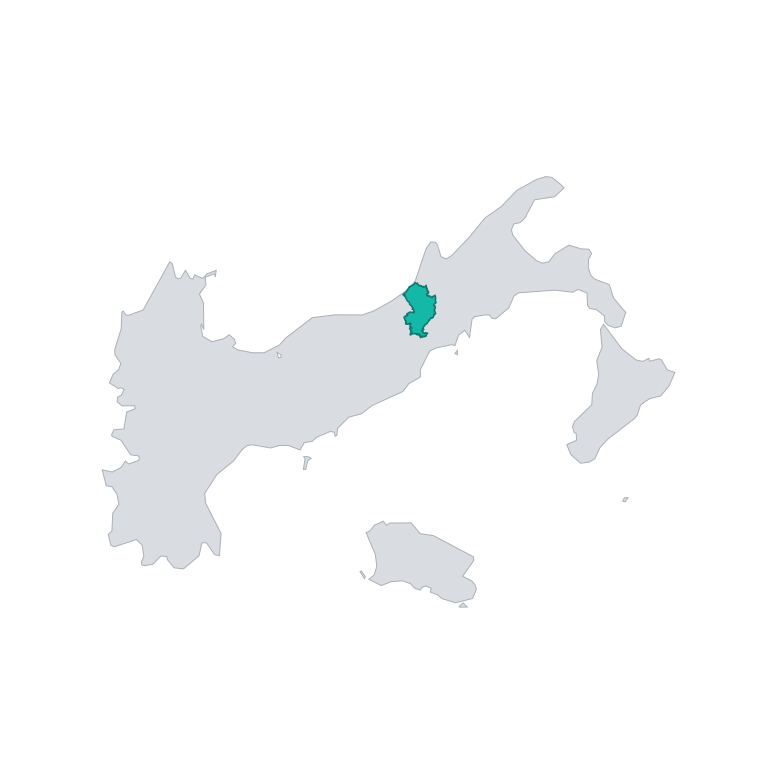 location of Molise, Campobasso, Italy, rotated 289°
{"feature_id": "23120603B60242334488993", "entity_name": "Molise", "entity_type": "district", "adm_level": 2, "iso_a3": "ITA", "parent_name": "Italy", "parent_adm1": "Campobasso", "projection": "robinson", "projection_center": [14.558, 41.717], "detail": "fine", "context": "in_parent", "style": "filled", "palette": "teal", "viewbox_px": 768, "rotation_deg": 289, "n_neighbors": 0, "source": "geoboundaries", "source_scale": "gbopen_adm2", "svg_char_len": 9445}
<svg xmlns="http://www.w3.org/2000/svg" viewBox="0 0 768 768"><g transform="rotate(289 384 384)"><path d="M152.0,172.3L156.4,174.6L173.6,169.6L183.9,172.5L192.6,167.6L198.3,160.2L197.3,154.5L211.1,145.5L212.3,155.8L219.7,162.7L227.0,164.5L225.2,168.6L232.2,177.2L235.2,176.4L236.1,174.9L234.5,167.7L245.2,153.7L245.9,144.0L247.7,142.9L252.8,143.6L256.8,152.7L273.8,149.8L279.5,156.7L282.3,155.4L278.1,143.5L280.2,137.5L284.8,136.4L287.9,139.3L294.4,140.1L294.8,136.6L293.2,134.2L295.7,123.9L305.4,124.8L311.1,128.5L317.9,128.4L323.9,120.2L328.5,118.2L350.4,117.6L366.7,112.7L368.0,113.8L365.1,117.7L366.0,120.3L375.5,132.2L429.7,141.6L428.9,144.6L417.2,152.1L416.3,155.0L418.1,157.5L426.9,159.3L420.8,166.4L420.8,169.1L425.5,169.5L424.7,178.1L430.5,180.7L436.8,188.3L430.3,189.7L433.0,187.6L426.6,180.2L419.8,183.4L409.0,180.2L401.6,187.1L376.7,195.9L381.0,191.9L379.2,191.8L370.1,197.0L367.9,207.5L374.8,217.9L380.2,221.6L377.6,228.0L374.3,230.5L369.9,228.7L368.6,234.5L370.8,249.8L374.5,260.5L386.8,272.4L395.8,276.3L423.4,294.6L433.4,315.0L442.1,340.6L449.3,350.1L464.5,363.8L478.3,373.8L491.2,380.0L525.0,379.7L533.6,382.0L534.7,386.3L533.1,389.2L523.0,396.4L522.5,402.1L527.3,406.1L550.4,416.7L574.0,425.5L590.0,437.1L610.7,446.8L627.0,461.6L632.8,469.5L634.0,475.5L630.2,486.1L628.1,490.4L616.6,484.3L607.2,466.4L587.0,463.2L581.0,460.2L577.6,454.7L571.3,454.2L566.9,457.1L556.0,473.8L550.1,488.4L549.8,494.3L553.1,500.0L562.9,503.2L575.5,513.6L575.9,526.4L578.2,533.7L575.0,537.9L568.6,536.8L560.2,539.4L554.2,544.1L551.8,548.6L551.3,564.7L540.0,573.1L530.3,589.3L515.9,589.5L512.4,584.5L512.3,577.0L514.7,572.4L520.0,570.3L523.5,560.8L522.4,553.9L524.5,550.9L536.1,546.3L536.6,536.7L532.2,532.4L528.4,515.0L514.0,481.5L509.4,478.2L496.9,477.3L482.1,468.5L481.2,464.8L483.6,461.3L482.0,456.5L477.3,448.1L474.1,446.1L455.9,449.7L461.1,442.9L454.6,438.6L443.3,438.6L443.4,435.6L435.4,422.0L430.0,416.5L409.3,413.7L402.5,416.1L392.4,407.4L383.1,404.3L359.7,379.7L348.4,372.3L341.3,361.6L326.9,354.5L320.3,356.2L318.7,354.8L322.2,352.7L321.6,348.6L312.0,338.0L306.3,334.6L302.5,327.7L294.3,326.1L294.8,313.7L291.8,305.0L286.6,297.6L283.8,279.9L281.5,274.9L275.7,271.1L262.4,266.9L244.2,255.5L222.3,250.1L213.3,254.1L189.6,278.6L167.9,284.3L167.6,279.2L176.1,267.8L174.6,263.6L161.2,265.0L143.9,254.6L141.9,245.5L147.1,236.8L150.1,234.8L148.7,229.0L138.2,224.1L134.2,216.5L134.0,213.9L136.8,212.5L143.0,213.0L153.1,207.6L156.2,200.3L142.1,181.8L142.8,178.0L152.0,172.3ZM378.1,277.3L378.9,272.7L374.4,275.6L375.6,277.7L378.1,277.3ZM511.9,572.2L494.6,597.6L488.8,614.7L489.6,621.3L494.5,626.0L492.1,627.9L497.4,636.0L497.3,638.2L489.6,647.3L489.5,655.3L474.8,654.1L462.8,649.5L456.9,640.3L452.2,636.4L447.2,633.4L436.8,633.6L432.3,631.7L404.9,613.7L394.2,608.9L381.9,607.6L377.0,603.6L373.1,595.7L378.1,583.5L386.2,576.6L393.5,584.4L399.8,581.8L400.2,579.4L404.7,576.2L410.3,576.2L431.9,587.2L443.2,584.1L453.5,585.4L463.0,583.9L475.3,577.5L489.6,578.2L506.0,570.9L511.9,572.2ZM254.5,434.9L261.5,454.9L254.3,467.0L256.7,480.1L249.7,524.9L246.4,526.3L227.9,521.0L226.3,531.3L223.8,535.5L220.0,538.2L210.0,537.5L200.4,522.8L199.9,508.3L202.0,504.0L202.4,495.6L206.3,495.1L206.7,489.5L204.5,486.4L200.8,485.3L201.0,479.0L203.8,474.2L204.0,465.7L199.3,454.9L192.5,447.0L194.4,433.3L200.2,436.8L209.1,436.6L219.9,431.4L237.7,415.4L240.0,418.3L247.3,420.9L254.0,427.9L251.2,432.3L254.5,434.9ZM289.1,331.8L290.6,335.0L290.0,339.3L286.5,336.8L277.8,337.8L277.0,335.6L287.6,333.7L289.1,331.8ZM202.8,530.1L200.2,535.3L197.7,528.4L198.0,527.5L202.8,530.1ZM199.8,423.5L195.7,429.1L193.7,428.9L198.8,422.4L199.8,423.5ZM355.9,651.7L351.1,650.4L350.9,647.9L354.7,648.3L355.9,651.7ZM439.7,442.4L435.7,444.0L435.9,441.2L439.7,442.4Z" fill="#d9dde1" stroke="#a8b0b8" stroke-width="1"/><path d="M440.5,404.6L440.8,404.9L441.8,405.2L441.8,405.5L441.8,405.8L441.5,406.3L441.7,406.6L442.2,406.6L442.3,406.9L442.6,407.0L442.7,407.3L442.6,407.6L443.0,407.7L443.1,408.0L443.3,408.3L444.0,408.0L444.4,408.1L445.1,407.9L445.3,408.0L445.5,408.4L445.9,408.3L445.9,408.5L446.2,408.6L446.3,408.4L446.1,407.9L445.9,407.7L445.9,407.4L445.9,407.2L446.0,407.0L446.0,406.7L445.7,406.6L445.7,406.4L445.4,406.3L444.8,405.4L444.9,404.9L445.2,404.8L445.1,404.6L444.9,404.5L445.1,404.5L445.1,404.3L445.6,404.1L445.5,403.9L445.7,403.7L445.9,403.6L446.3,403.4L446.2,403.1L446.5,402.9L446.6,402.3L446.8,402.3L447.3,402.9L447.7,403.3L447.9,403.6L448.5,403.8L448.6,403.0L448.9,402.6L449.0,402.8L449.6,402.9L450.2,402.7L450.3,402.8L450.7,402.9L451.2,402.8L451.7,402.8L451.8,403.0L452.1,403.5L453.4,403.4L453.5,403.6L453.9,403.9L453.8,404.1L453.6,404.1L454.5,404.4L455.4,405.1L456.0,405.1L456.6,405.3L458.1,405.7L458.6,406.0L459.1,405.8L459.4,406.3L459.6,406.2L459.7,406.4L460.3,406.5L460.9,406.5L461.3,406.9L461.8,406.9L462.0,407.2L461.8,407.5L462.1,407.7L462.0,407.8L462.3,408.4L462.8,408.5L463.0,408.8L463.8,408.7L465.0,409.0L465.6,408.3L466.0,408.4L466.2,408.8L466.5,408.9L466.6,409.2L466.4,409.3L467.2,409.8L467.4,409.5L467.7,409.6L468.3,409.0L468.5,408.6L468.9,408.2L469.3,408.0L469.5,408.1L469.6,408.3L469.7,408.2L469.8,407.9L469.6,407.7L469.8,407.5L470.3,407.5L470.7,407.3L471.2,407.3L471.5,407.4L471.6,407.7L472.0,407.9L473.0,407.5L473.6,407.4L473.8,407.1L474.1,407.0L474.0,406.7L474.4,406.2L474.3,405.8L474.4,405.5L474.9,405.2L475.3,405.2L475.8,405.4L476.1,405.8L476.4,405.9L476.7,406.2L477.1,406.2L477.2,406.4L477.4,406.5L478.0,406.6L478.5,406.5L479.2,405.6L480.3,405.2L480.6,405.2L481.8,405.0L482.1,404.9L482.4,404.5L483.3,404.3L483.4,404.1L483.4,403.8L483.9,403.7L484.2,403.5L484.4,403.4L484.0,402.9L483.2,402.4L482.7,401.7L482.2,401.6L482.1,401.4L482.0,401.6L481.8,401.5L481.4,401.2L481.4,400.8L481.3,400.6L481.4,400.1L481.8,399.4L481.7,399.1L482.0,398.9L481.7,398.6L481.9,398.2L482.0,397.8L481.8,397.6L481.8,397.4L481.9,397.0L482.1,397.0L482.1,396.9L481.8,397.0L481.8,396.9L481.5,396.8L481.3,396.6L481.3,396.4L481.9,395.9L482.2,395.2L482.4,395.1L482.8,395.3L483.6,395.5L483.7,395.9L484.0,396.1L484.0,395.9L484.4,396.3L485.2,396.3L485.1,395.9L485.2,395.7L485.4,395.6L485.4,395.4L486.0,395.5L485.9,395.1L486.2,394.5L486.6,394.3L487.0,394.4L487.1,394.1L487.3,394.1L487.6,393.8L487.9,393.7L487.7,393.5L487.9,393.2L488.1,393.3L488.1,393.6L488.4,393.7L488.6,393.5L488.5,393.3L488.6,393.0L489.1,392.6L489.7,392.4L490.9,391.8L490.8,391.6L490.6,391.7L490.4,391.6L490.2,391.7L489.7,391.5L489.7,391.4L489.2,391.2L489.0,390.7L488.4,390.0L488.5,389.7L488.8,389.8L489.0,389.7L488.5,389.2L488.5,388.9L488.2,388.8L488.2,388.7L488.4,388.3L488.4,388.0L489.0,387.6L489.0,387.1L488.9,386.6L489.0,386.3L489.0,386.1L488.8,385.9L488.7,385.9L488.6,385.5L488.3,385.2L488.5,384.6L488.6,384.4L488.8,384.4L489.2,384.2L489.4,383.8L489.4,383.3L490.1,382.9L489.9,382.7L489.9,382.3L489.7,382.1L489.6,381.8L489.8,381.0L489.8,380.6L489.9,380.3L488.5,380.1L487.4,379.6L487.2,379.4L487.2,379.2L486.7,379.0L486.6,378.7L485.6,378.0L485.6,377.9L485.5,377.7L484.2,377.0L484.0,376.6L484.0,376.4L484.4,376.5L484.4,376.4L484.2,376.2L483.8,376.3L482.5,376.1L479.6,375.4L477.6,374.6L475.7,373.5L475.4,373.2L474.7,372.9L474.4,373.3L473.9,374.4L474.4,374.5L474.8,374.7L474.8,374.8L474.7,375.0L474.0,375.7L473.6,375.8L473.2,376.2L472.6,376.3L472.0,376.9L471.3,377.9L471.3,378.0L470.9,378.2L470.4,379.0L470.0,379.4L469.8,379.7L469.9,380.1L469.7,381.0L469.4,381.2L469.2,381.6L468.9,381.6L468.8,381.8L468.0,382.1L467.6,382.4L467.5,382.8L467.0,383.7L466.9,384.4L466.4,384.8L466.3,385.2L466.1,385.3L466.1,385.6L465.7,386.1L465.4,386.0L464.9,386.2L464.5,386.9L464.3,386.8L464.3,387.1L464.1,387.0L464.2,387.4L464.0,387.7L463.0,388.2L462.7,388.4L462.4,389.0L462.2,389.1L461.5,388.9L461.0,389.0L460.8,388.9L461.1,388.4L461.4,388.2L460.9,387.4L460.8,387.1L460.8,386.7L460.7,386.4L460.7,385.9L460.5,385.6L460.6,385.4L460.3,384.9L459.8,384.9L459.6,384.3L459.3,384.1L458.9,383.7L458.4,383.4L458.1,383.5L457.6,383.6L457.5,383.1L457.5,382.8L456.9,383.1L457.0,383.4L456.7,383.9L456.1,383.8L456.1,383.4L455.5,382.6L455.3,382.0L454.8,382.2L454.4,382.1L454.3,381.9L453.9,381.7L453.6,381.2L453.4,381.3L453.0,381.8L452.9,382.0L452.7,382.0L452.3,382.2L452.2,382.5L451.1,383.1L451.1,383.3L451.0,383.7L450.9,383.7L450.7,384.2L450.1,384.5L450.1,384.3L449.8,384.5L450.0,384.7L449.8,384.9L449.5,384.8L449.4,384.5L448.6,384.8L448.4,385.0L448.1,384.9L448.1,385.3L447.8,385.6L448.0,385.9L448.1,386.4L448.3,386.2L448.5,386.5L448.6,387.1L448.8,387.4L448.7,387.7L448.8,388.1L449.0,388.4L449.8,388.4L450.1,388.7L450.0,389.0L449.8,389.2L449.8,389.7L449.1,389.7L449.0,389.4L449.0,388.9L448.8,388.8L448.5,389.1L448.4,389.4L448.4,389.6L448.3,389.8L447.5,389.8L447.2,390.1L446.7,389.8L446.6,390.0L446.4,390.3L446.7,390.6L446.7,390.9L446.5,391.4L446.1,391.9L446.0,391.4L445.8,391.2L445.6,390.7L445.5,390.3L445.1,390.2L444.5,390.3L444.3,390.6L443.8,391.2L443.8,392.2L442.6,392.1L442.5,392.3L442.6,392.5L442.4,392.8L442.3,393.2L441.3,392.6L440.7,392.5L439.6,392.5L439.3,392.6L439.0,392.9L439.0,393.0L439.4,393.3L439.8,393.4L439.8,393.6L440.1,393.6L440.5,394.2L440.8,394.2L440.7,394.4L441.0,394.5L440.9,395.0L441.2,395.4L441.3,396.2L441.7,396.8L442.0,397.0L441.8,397.5L442.0,398.0L441.7,398.1L441.4,398.5L441.4,398.8L441.6,398.9L441.5,399.1L442.5,399.5L442.6,399.8L442.4,400.5L442.1,400.5L441.8,400.7L441.7,400.7L441.8,400.9L442.6,401.3L442.6,401.5L442.2,401.6L442.0,401.9L441.2,402.0L441.0,402.4L440.5,402.6L440.5,402.8L440.3,403.0L440.5,403.0L440.8,403.5L441.2,403.6L440.6,404.2L440.7,404.3L440.5,404.6Z" fill="#14b8a6" stroke="#0f766e" stroke-width="1.5"/></g></svg>